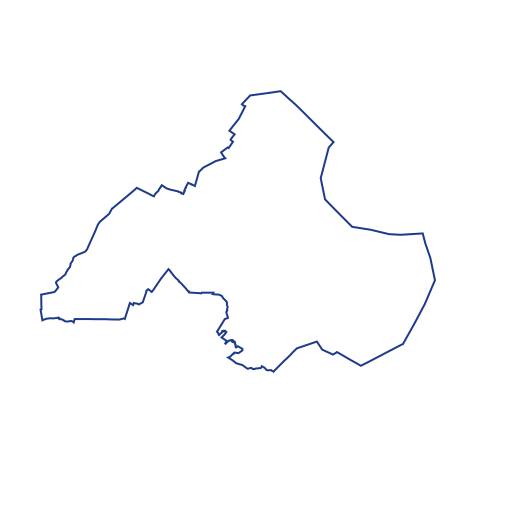 the district of Raalte, Overijssel, Netherlands, rotated 298°
{"feature_id": "6326949B71702819587140", "entity_name": "Raalte", "entity_type": "district", "adm_level": 2, "iso_a3": "NLD", "parent_name": "Netherlands", "parent_adm1": "Overijssel", "projection": "orthographic", "projection_center": [6.247, 52.387], "detail": "fine", "context": "isolated", "style": "outline", "palette": "blue", "viewbox_px": 512, "rotation_deg": 298, "n_neighbors": 0, "source": "geoboundaries", "source_scale": "gbopen_adm2", "svg_char_len": 5776}
<svg xmlns="http://www.w3.org/2000/svg" viewBox="0 0 512 512"><g transform="rotate(298 256 256)"><path d="M121.0,84.4L120.7,84.7L113.7,88.5L108.3,91.6L107.6,90.9L98.9,97.6L99.9,98.3L100.8,99.1L101.8,100.1L103.0,101.4L103.8,102.6L104.3,103.4L104.8,104.3L105.6,106.0L106.1,106.9L107.5,108.7L108.0,109.4L108.2,110.0L108.6,110.4L108.9,110.5L108.8,111.0L108.8,111.4L108.2,111.4L108.2,111.6L107.9,112.1L108.0,112.3L108.7,113.6L108.9,114.2L108.8,115.3L109.0,116.0L109.0,116.6L108.6,117.3L108.6,117.6L108.6,117.8L109.9,120.9L110.2,121.3L110.7,121.7L111.0,122.0L111.4,122.6L111.9,123.6L112.0,123.9L112.1,124.8L112.0,125.4L111.8,126.2L115.2,125.5L120.7,135.8L125.6,145.4L127.8,149.5L128.8,151.3L131.1,156.0L132.8,159.5L135.6,164.9L135.9,165.4L138.9,168.7L139.0,169.0L138.9,169.7L152.1,167.3L155.3,166.7L154.9,170.5L157.1,170.1L157.3,171.1L158.2,173.5L158.3,174.0L158.3,174.6L158.2,175.3L161.9,177.7L162.1,177.8L162.6,177.7L163.6,177.5L164.3,177.3L165.7,177.2L166.3,177.0L167.4,176.9L172.8,176.0L173.2,175.8L173.4,175.6L173.7,175.5L174.7,175.9L175.2,175.9L175.5,176.1L176.1,176.4L175.3,180.8L178.0,181.3L191.2,182.7L203.3,184.9L203.2,185.2L202.7,186.9L202.6,187.2L202.1,187.7L201.8,188.7L201.5,189.2L201.3,189.7L200.8,190.9L200.5,191.4L200.0,192.4L200.0,192.6L199.4,194.1L198.8,195.6L198.6,196.7L198.5,197.4L197.8,199.5L197.6,199.5L197.2,200.1L197.3,200.3L197.3,200.5L196.3,204.1L195.8,205.4L195.1,207.3L195.1,207.6L194.3,209.4L194.2,209.9L194.0,210.3L193.7,210.8L193.0,212.5L193.3,213.3L192.9,213.6L192.8,213.9L192.0,213.3L193.9,217.5L195.2,220.4L196.8,223.8L197.3,225.0L197.5,225.1L197.5,225.3L198.2,225.4L203.6,235.5L202.5,235.5L202.0,235.6L203.0,238.2L204.5,241.4L204.5,241.6L204.7,244.5L204.2,245.4L203.2,247.2L203.1,247.6L202.7,249.2L202.4,249.8L202.1,250.5L202.1,251.1L202.0,251.3L201.9,251.5L201.0,252.4L200.3,252.6L199.4,253.1L198.8,253.7L197.9,254.7L197.6,254.9L195.7,255.4L194.9,255.6L194.5,255.8L194.4,256.2L192.4,256.1L191.7,256.9L189.9,258.6L188.8,259.8L188.2,260.3L187.4,259.7L185.8,258.1L170.8,257.1L170.7,257.8L170.4,258.4L169.8,259.1L169.4,259.6L168.9,260.3L168.8,260.5L169.0,260.6L169.5,260.6L169.9,260.7L172.2,261.7L172.3,261.8L173.4,261.5L173.9,261.4L174.5,262.1L174.3,263.0L175.1,263.1L175.0,264.0L175.4,264.3L175.1,264.6L174.9,264.9L174.8,265.2L174.8,265.5L173.8,265.4L172.3,265.2L171.5,265.0L170.2,264.6L169.2,264.2L167.9,263.8L167.2,270.1L166.6,270.0L164.4,269.9L164.3,270.4L165.6,270.7L168.2,271.6L168.3,271.7L168.9,272.4L169.3,272.6L169.7,272.8L169.8,272.9L169.9,273.1L170.4,274.1L169.7,274.3L169.4,274.5L169.1,275.4L169.1,275.8L169.3,276.4L169.5,276.4L170.5,276.0L170.1,277.6L170.0,277.9L170.0,278.1L169.9,278.2L169.0,278.2L168.4,278.7L168.3,279.5L168.0,279.8L167.3,279.9L165.9,281.0L166.1,281.4L166.1,281.5L166.9,281.9L167.8,282.3L167.6,287.7L166.2,288.3L162.1,286.2L161.9,285.8L160.8,282.7L160.5,282.2L160.2,282.1L159.3,282.3L159.2,282.2L158.9,281.6L158.4,281.5L157.4,281.2L154.6,280.3L153.3,279.1L153.0,283.1L152.7,285.4L152.1,288.6L152.1,289.3L152.3,290.3L153.3,295.0L153.3,295.4L152.6,300.3L152.5,301.1L152.5,301.5L152.7,301.8L154.4,303.6L155.0,304.3L154.7,306.6L154.8,306.7L155.1,307.1L155.5,307.4L155.7,308.0L156.3,308.3L158.6,311.8L159.5,312.9L159.7,313.0L159.9,313.0L161.4,312.9L161.4,313.7L161.3,316.0L160.5,318.6L160.4,318.9L160.3,319.0L160.9,320.7L161.3,321.3L162.3,322.7L162.1,324.0L162.3,325.5L162.2,325.8L162.4,325.8L175.4,329.7L178.1,330.6L180.0,331.3L183.8,332.5L188.9,333.9L193.6,335.4L209.0,349.9L206.4,354.8L204.4,358.4L204.8,365.1L205.1,370.2L208.8,372.5L209.2,372.6L209.0,377.9L208.6,388.8L208.5,395.8L208.3,400.1L214.5,404.5L243.7,424.5L246.6,426.5L247.1,427.1L270.4,427.6L292.8,427.6L318.6,425.4L336.3,410.7L337.2,409.7L346.5,399.7L354.2,392.6L342.6,373.7L337.7,363.1L333.1,345.2L326.9,327.2L333.7,305.2L338.4,290.4L351.8,279.3L355.1,276.6L385.9,269.3L393.0,271.0L395.0,264.0L398.7,251.5L402.7,238.4L405.4,229.5L407.9,221.0L408.5,218.8L409.8,213.5L410.2,211.6L411.4,207.2L413.1,200.4L405.6,190.2L395.4,176.0L395.1,175.5L383.4,172.3L383.1,173.5L383.0,174.0L383.0,174.6L383.2,176.2L368.7,176.4L359.8,174.7L354.1,173.7L353.4,180.0L347.3,178.9L346.9,178.9L346.6,179.1L346.5,179.3L346.1,182.0L345.9,182.0L338.6,181.2L338.7,180.6L338.7,180.4L338.6,180.1L338.3,179.9L331.1,176.5L330.3,178.0L329.7,178.9L328.0,182.3L327.9,182.6L328.0,182.8L327.9,183.0L327.3,182.4L327.2,182.3L325.9,181.0L320.8,175.8L317.7,173.7L309.8,168.3L309.4,168.0L309.1,167.9L304.1,166.3L303.8,166.0L289.1,169.2L289.1,165.7L288.9,165.7L288.9,165.2L288.8,161.9L288.6,161.8L288.6,161.7L283.3,161.7L283.3,162.0L280.0,162.0L280.0,162.5L276.6,162.7L276.4,161.4L276.3,161.2L276.3,160.5L276.3,160.4L276.9,160.3L276.3,157.3L276.5,156.8L275.8,154.6L275.5,153.1L275.0,151.5L274.6,150.0L274.1,148.1L274.1,147.3L273.9,146.8L273.9,146.2L273.7,145.2L274.3,139.6L272.6,139.5L272.6,139.4L271.4,139.3L271.2,139.4L269.8,139.1L267.8,139.2L267.3,139.1L264.9,138.2L264.1,138.0L263.5,137.9L260.7,137.8L260.7,137.5L260.6,135.2L260.6,131.6L260.5,128.8L260.5,128.3L260.4,125.7L260.4,123.0L260.3,122.7L260.2,119.2L260.2,118.7L257.9,117.9L253.7,116.3L231.4,107.2L230.6,106.9L230.5,106.7L229.7,106.6L224.4,106.5L223.8,106.4L220.6,105.1L213.5,102.3L212.9,102.1L209.7,101.7L209.0,101.7L202.2,102.4L189.7,103.2L182.9,103.7L182.4,103.7L179.8,103.2L175.9,100.1L173.9,98.3L173.2,97.7L172.1,97.2L171.6,97.0L171.3,96.7L170.0,95.9L169.2,95.6L168.6,95.6L168.4,95.6L167.9,95.8L166.2,96.2L165.4,96.3L164.8,96.2L164.1,96.1L162.3,95.9L161.9,96.0L161.1,96.4L160.3,96.6L158.7,96.9L157.5,96.6L156.1,96.3L155.3,96.1L154.5,96.3L154.1,96.3L153.1,96.1L151.8,96.2L151.0,96.3L150.1,96.2L149.0,95.9L147.2,95.0L145.3,94.4L142.8,93.1L140.3,92.0L139.7,91.8L138.5,91.9L135.4,96.2L132.6,95.6L132.4,95.7L131.6,95.5L131.4,95.4L130.0,95.1L129.6,94.9L129.4,94.7L121.0,84.4Z" fill="none" stroke="#1e3a8a" stroke-width="2"/></g></svg>